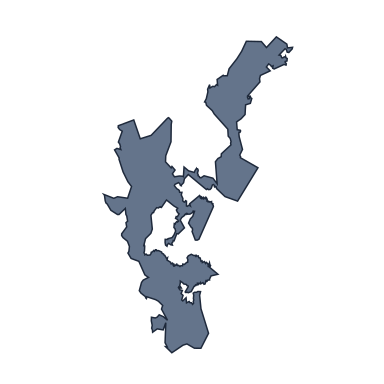 outline of San Carlos Yautepec, Oaxaca, Mexico, rotated 5°
{"feature_id": "50627088B30375363427606", "entity_name": "San Carlos Yautepec", "entity_type": "district", "adm_level": 2, "iso_a3": "MEX", "parent_name": "Mexico", "parent_adm1": "Oaxaca", "projection": "equal_earth", "projection_center": [-95.927, 16.423], "detail": "fine", "context": "isolated", "style": "filled", "palette": "slate", "viewbox_px": 384, "rotation_deg": 5, "n_neighbors": 0, "source": "geoboundaries", "source_scale": "gbopen_adm2", "svg_char_len": 6104}
<svg xmlns="http://www.w3.org/2000/svg" viewBox="0 0 384 384"><g transform="rotate(5 192 192)"><path d="M262.5,30.1L253.6,41.6L248.0,36.1L233.0,37.1L229.2,47.5L225.1,55.4L218.2,66.0L217.0,73.1L213.4,73.5L212.9,73.0L207.2,77.7L208.2,83.4L207.0,82.9L205.3,85.1L203.5,84.9L200.8,86.8L200.2,83.5L198.6,88.3L199.1,90.9L198.1,97.9L196.7,101.2L197.9,101.5L198.9,104.4L205.1,109.2L207.4,112.4L222.2,126.3L223.2,133.2L225.4,135.3L226.5,138.5L226.2,140.0L226.7,141.7L217.9,151.4L218.0,154.3L214.9,156.4L212.7,159.8L216.3,181.6L211.6,176.4L202.6,174.8L199.7,177.1L198.4,176.9L198.1,176.1L196.6,175.2L196.7,174.4L195.8,172.8L196.3,170.1L196.0,169.1L195.5,168.4L194.4,168.7L194.3,168.3L193.1,170.4L192.6,172.3L186.7,171.2L181.9,167.8L182.1,177.5L181.1,177.1L177.9,177.2L173.2,178.4L170.9,175.6L173.2,171.6L169.8,168.3L169.1,169.8L163.0,164.3L162.7,158.2L166.7,143.8L165.4,126.4L165.7,123.2L162.7,120.3L161.9,120.0L160.7,121.2L146.4,139.1L135.8,143.5L127.7,125.3L112.8,132.4L112.8,134.2L114.5,136.1L117.2,137.5L114.3,148.7L115.8,150.4L116.8,153.0L116.5,154.3L117.4,155.9L113.4,155.1L111.2,156.8L116.5,164.5L116.4,165.6L121.6,178.0L127.3,187.4L131.3,191.8L128.4,203.8L118.2,203.2L114.7,205.1L104.4,202.1L105.1,202.9L106.3,208.3L107.2,210.4L108.6,211.4L112.8,217.3L119.7,220.9L121.2,220.8L127.0,214.2L128.1,220.1L129.1,221.6L130.4,226.7L128.9,228.3L130.0,232.5L125.6,239.7L125.7,241.5L127.3,243.5L132.0,246.7L134.4,251.7L134.3,256.7L133.5,258.4L137.1,263.5L145.1,265.7L152.3,278.7L156.1,280.9L151.1,284.0L149.6,286.5L148.1,294.9L150.1,297.3L154.9,300.4L155.0,301.4L155.9,302.1L156.1,300.3L165.1,302.4L168.0,303.7L172.7,307.6L171.8,311.3L178.8,321.9L174.3,318.7L170.0,317.2L168.2,319.7L166.4,320.7L162.5,320.3L162.7,323.9L164.0,328.3L163.7,331.2L164.6,332.9L165.0,335.1L169.3,331.4L175.3,331.9L177.3,324.5L178.3,344.5L180.8,348.4L179.2,348.4L185.9,353.9L196.5,345.3L200.2,343.8L208.0,347.4L214.5,346.9L220.8,331.3L211.1,307.5L208.6,294.2L209.2,290.5L206.5,290.6L205.1,291.6L203.4,291.6L202.0,292.7L202.7,294.6L202.7,298.2L203.2,299.4L202.8,301.0L203.3,302.6L202.4,303.9L201.1,302.4L199.7,302.5L198.7,301.3L196.2,302.9L195.3,297.9L192.3,301.3L191.1,300.4L192.1,295.8L190.0,294.1L191.0,290.9L188.4,290.5L186.8,288.4L187.1,287.7L188.8,288.7L189.7,288.6L187.9,286.2L188.3,283.7L188.1,281.8L190.6,283.2L191.7,284.3L194.5,284.6L195.2,285.7L196.3,285.9L196.5,286.7L193.9,292.2L194.6,292.7L196.0,292.3L197.0,292.7L199.9,291.3L202.3,285.8L202.8,285.7L203.6,284.3L204.1,284.7L204.7,283.9L205.5,284.0L205.3,282.4L206.2,282.3L206.6,283.3L207.4,282.4L207.9,282.6L208.3,281.6L208.8,282.7L210.8,281.3L212.0,282.9L213.0,282.5L213.6,279.3L214.5,279.9L214.8,279.7L214.8,278.6L217.2,278.1L217.0,277.4L218.3,273.9L225.0,271.7L215.1,264.8L216.6,264.6L216.9,263.6L216.6,263.3L215.7,263.9L216.1,262.9L215.6,261.1L215.3,262.3L214.4,263.1L213.9,262.0L212.4,260.9L211.7,262.0L210.4,260.2L208.4,261.4L208.0,259.7L207.0,260.2L205.9,257.0L204.4,256.8L203.8,255.1L202.5,255.4L201.7,254.7L201.4,255.8L200.5,255.0L199.2,255.1L196.7,254.1L193.9,255.9L192.8,258.0L193.8,259.8L193.8,262.4L192.8,262.6L190.8,264.8L189.1,264.6L189.0,266.3L187.3,266.4L186.5,267.3L185.1,266.2L184.4,266.6L183.5,266.2L183.4,265.3L182.8,265.2L182.2,266.4L181.4,266.3L181.2,267.2L180.4,267.5L179.6,266.4L180.4,266.1L180.2,265.4L179.7,265.5L178.8,264.5L177.5,265.4L176.7,263.8L173.1,262.0L173.3,259.8L172.6,260.6L170.4,257.5L169.9,257.5L169.0,256.2L167.6,255.8L166.9,254.4L163.8,253.3L161.8,253.5L161.5,252.7L160.6,252.7L159.8,254.3L159.0,253.6L157.9,255.0L156.6,255.6L156.6,256.9L155.6,258.5L153.0,258.9L151.9,257.9L150.5,258.6L150.5,258.0L149.4,256.7L149.8,255.0L149.6,250.0L149.3,249.3L148.5,250.4L149.8,242.5L154.6,236.8L155.7,232.4L153.1,218.8L154.5,216.0L155.5,215.9L156.0,214.1L158.1,210.7L160.1,210.8L160.8,209.8L161.8,210.0L162.1,209.5L162.9,210.0L167.3,202.2L175.2,207.5L179.2,209.4L178.0,211.3L179.4,213.7L181.0,214.9L179.6,217.9L178.4,217.8L177.9,219.7L179.9,220.6L181.1,222.3L180.1,223.2L179.4,222.8L178.3,224.3L178.1,225.3L177.1,225.0L177.1,229.0L178.2,229.9L179.1,232.3L177.8,236.3L176.1,239.2L172.1,240.6L171.9,241.4L169.4,241.5L169.6,244.7L170.3,247.2L171.8,248.2L172.1,246.5L173.3,245.2L175.4,246.4L177.1,246.6L176.3,244.8L177.3,243.4L177.5,242.0L178.4,242.2L180.5,234.7L181.9,235.0L187.6,228.4L182.7,221.0L184.0,218.3L186.7,215.9L186.6,215.4L187.4,214.5L188.0,214.8L188.4,213.8L189.2,213.9L189.3,214.5L191.9,214.2L194.4,212.4L194.8,210.9L196.2,211.0L194.8,216.3L192.7,218.9L191.3,223.3L194.4,227.4L195.5,228.0L195.9,229.9L195.5,231.3L199.5,239.6L201.4,239.5L203.0,238.5L214.6,204.6L214.2,203.1L213.5,202.7L213.8,201.8L212.3,201.2L212.3,199.8L210.1,200.5L209.9,200.0L208.8,200.3L208.6,199.5L207.6,199.6L207.8,197.8L206.4,197.6L206.9,196.6L206.3,196.0L205.9,197.0L205.2,196.8L204.4,197.7L204.0,196.5L203.6,197.0L203.4,196.7L202.5,197.9L201.6,197.6L202.1,196.6L201.9,196.0L201.0,195.6L200.5,196.4L199.8,194.9L190.7,203.9L191.6,206.1L190.2,205.3L188.6,206.7L187.7,206.4L187.3,201.6L186.3,201.2L185.8,202.5L185.2,202.8L183.5,201.6L183.5,199.3L181.6,195.9L182.0,193.2L179.7,193.4L179.2,191.7L178.5,191.0L176.6,190.1L173.9,187.3L174.3,185.9L177.8,183.8L179.2,185.0L179.9,186.5L180.8,186.7L180.7,186.1L182.8,183.5L183.3,179.5L186.8,174.9L206.1,188.3L207.1,187.4L208.1,188.2L209.8,187.9L210.9,186.5L211.7,183.2L212.6,182.7L213.6,183.4L213.8,184.7L214.3,185.1L214.7,184.4L215.6,184.7L216.3,186.5L225.3,193.7L238.2,197.1L255.6,162.1L237.2,153.6L237.3,152.5L236.3,151.1L238.6,145.2L234.2,132.9L233.6,129.9L233.6,128.5L234.6,128.4L235.1,127.0L234.8,126.3L231.6,126.0L230.3,118.3L234.5,114.8L238.1,110.2L237.8,100.5L242.4,98.6L243.4,93.6L242.2,92.9L241.8,91.7L241.0,92.4L241.1,94.0L239.8,94.4L238.9,92.5L240.4,91.4L239.3,91.1L250.1,76.4L249.4,73.2L250.0,69.9L259.3,64.5L255.2,61.0L257.2,57.7L259.2,58.8L260.3,60.2L261.7,59.3L261.6,61.7L263.1,62.3L272.6,56.9L274.6,57.4L274.8,56.1L273.4,54.4L273.5,53.8L275.2,53.2L275.2,50.7L273.9,50.1L273.4,48.7L273.2,49.6L272.2,49.3L270.6,50.5L269.7,50.4L268.6,48.2L266.8,48.0L272.2,41.2L273.5,41.7L274.6,44.4L276.3,44.6L279.3,40.8L279.6,39.1L274.6,40.1L273.6,36.4L262.5,30.1Z" fill="#64748b" stroke="#1e293b" stroke-width="1.5"/></g></svg>